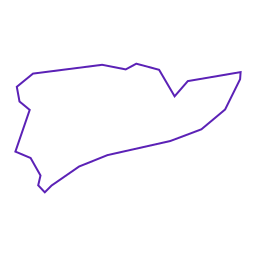 the District of Carrickfergus
{"feature_id": "GBR-2096", "entity_name": "Carrickfergus", "entity_type": "District", "adm_level": 1, "iso_a3": "GBR", "parent_name": "United Kingdom", "parent_adm1": "", "projection": "robinson", "projection_center": [-5.816, 54.729], "detail": "fine", "context": "isolated", "style": "outline", "palette": "violet", "viewbox_px": 256, "rotation_deg": 0, "n_neighbors": 0, "source": "natural_earth", "source_scale": "10m", "svg_char_len": 404}
<svg xmlns="http://www.w3.org/2000/svg" viewBox="0 0 256 256"><path d="M240.6,72.1L240.1,79.2L225.1,109.5L201.4,129.3L170.3,141.0L107.5,155.1L79.1,166.5L51.6,185.5L44.8,192.3L44.0,191.5L38.2,185.3L40.5,175.5L30.6,158.0L15.4,151.6L29.7,109.9L19.5,101.5L16.8,86.8L33.0,73.6L102.1,64.8L125.7,69.4L136.3,63.7L159.1,69.8L174.6,96.3L187.8,81.1L240.6,72.1Z" fill="none" stroke="#5b21b6" stroke-width="2"/></svg>